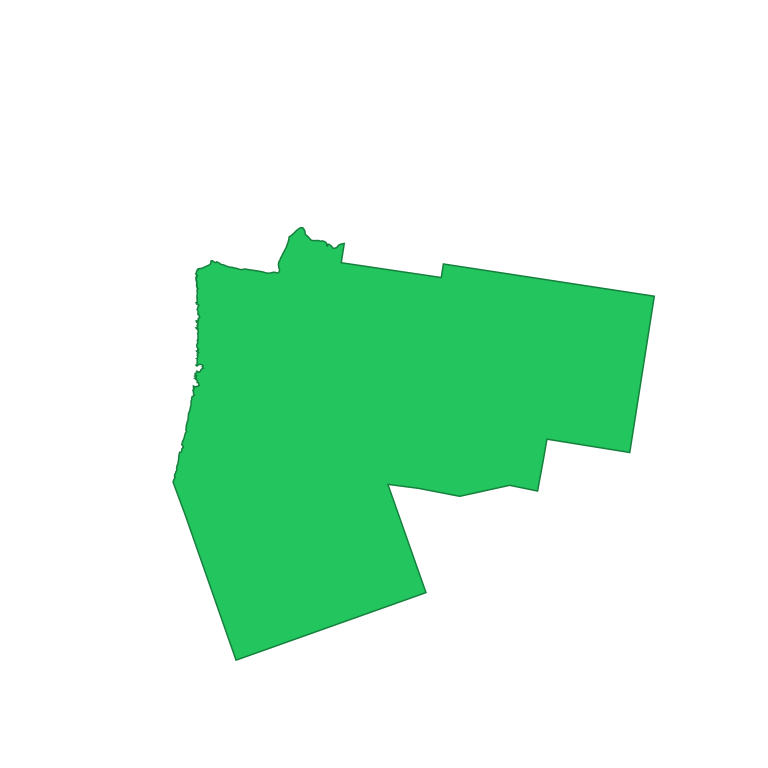 outline of Tordillo, Buenos Aires, Argentina, rotated 237°
{"feature_id": "61730980B48361677573227", "entity_name": "Tordillo", "entity_type": "district", "adm_level": 2, "iso_a3": "ARG", "parent_name": "Argentina", "parent_adm1": "Buenos Aires", "projection": "mercator", "projection_center": [-57.084, -36.413], "detail": "fine", "context": "isolated", "style": "filled", "palette": "green", "viewbox_px": 768, "rotation_deg": 237, "n_neighbors": 0, "source": "geoboundaries", "source_scale": "gbopen_adm2", "svg_char_len": 6111}
<svg xmlns="http://www.w3.org/2000/svg" viewBox="0 0 768 768"><g transform="rotate(237 384 384)"><path d="M310.4,658.5L452.3,499.2L442.1,490.0L509.0,414.2L523.5,427.2L524.0,426.2L524.8,423.9L525.1,421.3L524.2,418.9L524.7,416.5L525.4,415.6L526.1,415.1L528.0,415.1L531.2,413.9L531.7,413.0L531.5,412.6L530.6,412.0L530.6,411.6L531.3,411.5L531.9,411.7L532.9,412.3L533.6,412.4L534.5,412.3L536.3,411.4L537.8,410.0L537.8,409.4L538.6,408.2L539.8,407.4L540.8,406.1L541.6,404.5L542.2,403.8L543.1,402.3L544.5,401.2L549.6,400.4L551.3,399.7L552.5,399.6L556.1,401.2L556.8,400.9L558.4,401.2L559.1,400.9L559.9,400.2L560.6,398.7L560.6,397.4L560.4,394.1L559.6,390.9L559.2,387.9L559.0,386.2L559.1,384.6L557.9,383.7L554.8,380.4L554.1,379.3L552.0,376.7L547.6,368.8L547.0,368.1L546.2,366.4L545.3,365.0L544.7,364.4L543.6,362.2L542.1,360.8L541.1,360.1L540.2,359.9L539.0,359.2L536.9,358.8L535.9,357.9L535.4,357.3L535.0,356.5L534.9,355.5L535.3,354.8L537.0,353.5L538.0,352.1L538.9,349.3L540.0,347.3L540.7,346.4L541.6,345.4L544.0,343.4L548.2,339.0L550.4,336.4L551.6,335.2L552.3,334.2L555.3,331.0L556.5,329.5L557.4,326.8L559.2,325.0L561.6,323.1L563.1,321.4L564.7,320.1L565.5,318.7L567.1,317.5L568.0,316.5L570.9,314.6L572.0,313.7L572.7,312.8L573.7,312.1L574.8,311.9L577.5,310.3L577.6,309.9L577.4,309.2L577.6,308.8L578.7,308.0L580.0,307.6L581.0,307.0L581.4,305.9L580.8,305.3L579.8,304.8L579.4,304.2L579.0,302.5L580.3,293.9L581.8,291.1L581.5,290.5L581.7,289.9L581.5,289.6L581.1,289.6L580.7,288.9L580.7,288.3L580.1,288.0L579.8,287.5L579.0,287.0L579.1,286.3L578.0,286.1L578.0,286.3L577.6,286.4L577.2,286.3L577.3,285.9L577.1,285.8L576.5,285.9L576.4,286.1L576.2,285.4L575.8,285.4L575.7,285.3L575.9,285.0L575.4,284.8L575.5,284.5L575.2,284.6L574.9,284.5L575.1,284.0L574.8,283.6L574.2,283.6L573.9,283.2L573.6,283.2L573.4,282.9L572.5,283.1L572.3,282.7L571.9,282.8L571.7,282.5L571.2,282.4L570.9,281.9L570.4,282.0L570.1,281.5L569.7,281.3L569.4,281.4L569.2,280.9L569.0,281.1L568.8,281.0L568.8,280.6L568.0,280.5L567.8,280.1L567.5,280.1L567.4,279.9L566.7,280.0L566.5,279.9L566.6,279.7L566.3,279.6L565.4,280.0L565.2,279.2L564.9,279.0L564.7,278.5L564.3,278.5L563.9,277.8L563.3,277.7L563.0,277.4L561.6,276.8L559.7,275.0L558.9,274.6L558.6,274.7L558.0,274.3L558.0,274.0L557.5,273.8L557.5,273.7L557.1,273.7L556.5,273.4L556.3,273.0L555.9,273.0L555.7,272.7L555.2,272.6L554.5,271.9L554.6,271.2L554.0,271.5L553.8,271.2L553.9,270.9L553.5,271.1L553.5,270.7L553.2,270.4L552.2,271.0L550.9,271.6L550.8,271.0L550.3,270.4L549.7,270.0L549.5,269.4L548.4,268.3L548.3,267.8L547.7,267.7L547.0,267.7L545.6,267.5L544.9,266.7L544.5,266.6L544.4,266.3L543.8,266.5L543.2,266.1L543.2,265.9L542.6,266.2L540.3,265.8L540.1,264.9L540.2,264.2L539.7,264.2L539.4,263.3L538.9,263.4L538.3,262.7L538.4,262.1L538.9,261.4L537.7,261.7L538.0,260.8L537.2,261.2L537.2,260.7L536.3,261.0L534.7,259.8L535.0,259.1L534.7,258.9L534.0,259.3L533.5,258.8L533.0,258.1L533.3,257.3L532.3,257.8L532.5,257.1L532.1,257.2L531.9,257.1L532.0,256.8L531.7,257.1L531.5,257.5L531.1,257.4L530.7,257.5L530.4,257.4L530.0,257.0L528.5,256.4L528.2,256.0L528.0,255.2L526.6,254.9L525.3,253.9L524.8,253.8L524.7,253.6L523.9,253.2L523.1,252.3L522.4,251.9L522.4,251.2L522.2,251.1L521.5,251.3L521.1,250.7L520.7,250.5L520.2,250.5L519.9,250.0L519.6,249.9L519.6,249.4L519.1,249.1L518.9,248.4L518.7,248.4L518.1,247.9L517.0,247.2L516.0,247.4L514.9,247.0L514.4,247.4L514.0,247.3L513.9,246.7L514.0,246.3L513.9,246.2L513.5,246.3L513.5,246.0L513.6,245.6L513.3,245.8L513.3,245.3L512.8,245.4L512.9,245.0L512.2,245.4L511.9,245.3L511.8,245.0L511.6,245.6L511.4,245.7L509.9,243.6L509.9,243.1L509.5,243.3L509.3,243.0L508.7,242.9L507.9,242.2L507.4,241.5L507.5,240.8L506.8,241.1L506.4,241.0L505.9,240.3L505.2,240.1L503.9,239.1L503.7,238.7L502.6,238.2L502.2,237.7L502.2,236.9L501.8,237.1L502.0,236.6L501.3,236.6L501.0,237.0L500.9,237.8L501.3,238.5L501.3,239.0L500.8,240.1L500.0,241.2L498.9,242.0L498.0,242.2L497.4,241.2L497.4,240.9L495.6,241.2L495.9,239.3L495.6,238.1L495.1,237.8L494.7,236.6L494.5,235.4L494.6,235.1L495.2,235.1L495.8,234.5L496.5,234.3L496.8,233.8L496.6,233.7L495.8,233.7L495.5,233.4L495.7,231.8L495.5,231.0L494.7,230.8L494.1,231.3L493.5,231.4L493.7,229.9L492.9,230.6L492.9,231.0L492.7,230.9L492.7,230.4L493.0,229.7L492.7,229.4L492.3,229.4L491.9,229.8L491.4,230.0L491.3,229.9L491.6,228.8L491.3,228.9L491.1,229.3L490.9,229.3L491.3,228.6L490.4,229.0L490.2,229.0L490.1,228.8L489.9,228.8L489.6,229.3L489.3,229.3L487.6,228.8L487.4,228.2L487.2,228.1L486.8,228.2L486.1,229.0L484.3,228.6L484.3,228.4L484.1,228.1L483.5,228.2L483.5,227.8L483.8,227.7L483.7,227.3L483.4,227.4L483.6,226.2L484.2,225.2L484.0,224.7L484.2,224.4L484.4,224.3L484.6,223.8L485.9,223.2L485.5,223.0L485.7,222.8L485.5,222.7L485.2,223.0L484.8,223.0L484.1,222.7L483.9,222.3L484.3,222.0L483.5,221.6L483.2,221.6L483.0,221.4L483.1,221.0L482.5,220.7L482.6,220.3L481.9,220.3L481.2,219.7L480.6,219.7L479.2,218.7L477.8,218.8L477.9,218.2L477.7,216.9L478.0,216.4L476.9,215.0L476.6,214.7L475.6,214.4L475.4,214.2L475.2,213.5L473.7,212.1L472.7,211.6L471.1,210.4L470.3,209.3L469.2,208.3L468.6,207.6L467.6,207.0L467.4,206.4L466.1,204.6L465.8,204.0L464.2,202.9L461.4,200.6L460.5,200.1L459.9,198.9L459.5,198.7L459.1,198.0L457.9,196.8L457.3,196.0L456.3,195.2L456.2,195.0L454.5,193.9L453.9,193.2L453.0,192.6L452.5,192.5L452.0,192.7L451.5,192.6L451.3,192.2L451.2,191.4L451.0,191.1L450.9,190.4L450.1,189.8L449.3,188.7L447.7,187.1L446.3,185.1L446.0,184.4L445.5,184.0L445.4,183.6L444.5,182.9L444.3,182.4L443.4,181.5L442.5,181.4L442.0,181.8L440.9,181.4L440.7,181.6L440.1,181.1L440.2,180.4L439.8,179.9L439.8,179.3L439.0,178.5L438.2,178.1L437.6,177.1L437.5,176.4L438.0,175.7L437.2,174.4L433.3,171.1L431.9,170.1L430.2,168.3L429.7,168.2L428.8,167.0L428.4,166.0L427.5,165.4L426.2,164.0L425.0,163.8L424.4,163.1L424.3,162.7L423.9,162.2L423.9,161.8L422.9,160.8L422.1,159.2L420.5,158.0L420.4,157.8L419.8,157.8L419.7,158.1L419.4,157.9L418.9,157.0L418.9,156.7L418.6,156.2L418.2,155.8L417.7,154.8L416.4,153.6L381.7,145.8L233.0,109.5L186.2,305.6L297.7,332.6L277.7,356.1L248.6,386.3L230.6,434.2L210.6,454.5L234.2,476.9L249.0,490.6L192.7,552.8L310.4,658.5Z" fill="#22c55e" stroke="#15803d" stroke-width="1.5"/></g></svg>